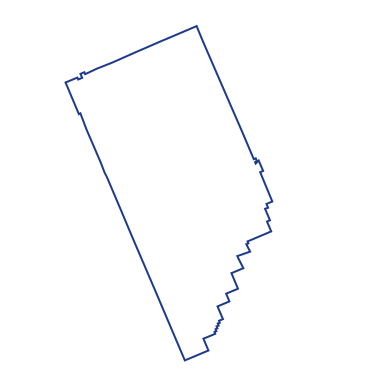 Kern, California, United States of America (Natural Earth projection), rotated 247°
{"feature_id": "52423323B19833942519787", "entity_name": "Kern", "entity_type": "district", "adm_level": 2, "iso_a3": "USA", "parent_name": "United States of America", "parent_adm1": "California", "projection": "natural_earth1", "projection_center": [-118.972, 35.294], "detail": "fine", "context": "isolated", "style": "outline", "palette": "blue", "viewbox_px": 384, "rotation_deg": 247, "n_neighbors": 0, "source": "geoboundaries", "source_scale": "gbopen_adm2", "svg_char_len": 999}
<svg xmlns="http://www.w3.org/2000/svg" viewBox="0 0 384 384"><g transform="rotate(247 192 192)"><path d="M342.2,118.4L307.8,118.3L308.0,120.0L297.9,119.6L290.9,119.3L275.8,119.4L254.5,119.5L244.0,119.1L239.0,119.5L204.0,119.5L174.5,119.4L117.3,119.6L39.8,119.6L39.7,145.2L52.5,145.2L52.4,158.0L54.5,158.1L54.4,160.0L56.5,160.1L56.6,162.1L58.7,162.1L58.6,164.3L60.9,164.3L60.7,166.4L62.9,166.5L62.9,170.8L72.8,170.8L76.7,170.8L76.7,183.7L85.1,183.7L85.0,196.5L101.9,196.6L101.8,209.5L113.2,208.7L115.3,208.7L114.4,222.2L122.7,221.6L122.7,223.8L124.8,223.8L124.8,249.5L128.4,249.5L135.5,249.5L135.5,252.7L148.0,252.7L147.8,255.9L151.9,255.9L151.9,262.2L183.6,262.5L183.6,265.7L194.9,265.7L193.3,261.7L194.8,261.7L195.3,263.8L198.1,263.8L198.1,261.7L229.7,261.7L260.6,261.4L326.0,260.9L338.7,261.0L342.9,261.1L342.9,220.8L342.7,194.9L342.3,169.1L342.7,152.5L342.2,139.7L344.3,139.7L344.3,135.5L340.0,135.5L340.0,131.2L342.1,131.2L342.2,118.4Z" fill="none" stroke="#1e3a8a" stroke-width="2"/></g></svg>